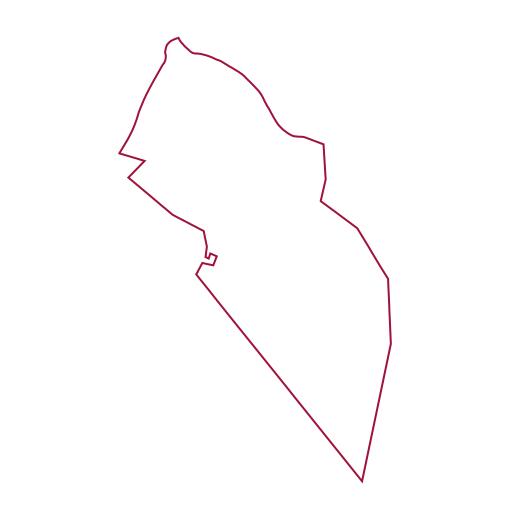 the district of Al Hazm, Al Jawf, Yemen, rotated 14°
{"feature_id": "15242507B39444871450258", "entity_name": "Al Hazm", "entity_type": "district", "adm_level": 2, "iso_a3": "YEM", "parent_name": "Yemen", "parent_adm1": "Al Jawf", "projection": "robinson", "projection_center": [44.848, 16.077], "detail": "fine", "context": "isolated", "style": "outline", "palette": "rose", "viewbox_px": 512, "rotation_deg": 14, "n_neighbors": 0, "source": "geoboundaries", "source_scale": "gbopen_adm2", "svg_char_len": 2324}
<svg xmlns="http://www.w3.org/2000/svg" viewBox="0 0 512 512"><g transform="rotate(14 256 256)"><path d="M128.0,63.1L127.0,63.7L124.0,65.7L121.1,68.3L119.5,70.7L118.6,72.6L118.5,73.2L118.3,74.8L118.3,78.0L118.6,80.6L120.1,83.5L120.6,86.3L120.6,88.7L120.1,91.1L119.2,93.0L116.4,103.1L114.1,111.4L112.2,118.7L111.0,124.0L110.7,125.1L109.3,132.2L108.4,138.5L107.7,143.1L107.4,146.7L107.2,151.6L106.5,158.4L105.8,162.9L104.7,168.3L103.4,173.6L101.1,181.2L98.6,189.3L98.6,189.5L106.0,189.8L124.9,190.7L122.5,194.8L113.2,210.8L132.5,220.2L139.3,223.5L140.1,223.9L144.7,226.2L145.3,226.5L145.6,226.6L147.3,227.4L149.4,228.5L152.8,230.2L155.0,231.2L163.8,235.5L165.2,236.2L168.4,237.0L168.8,237.1L178.0,239.3L184.5,240.9L186.1,241.3L190.2,242.2L190.8,242.4L192.9,242.9L193.6,243.1L198.4,244.2L199.2,244.4L202.0,250.3L203.0,252.3L203.1,252.6L205.5,257.6L206.1,258.9L206.6,263.5L206.7,264.2L207.3,269.2L207.5,269.2L209.6,269.7L210.7,269.9L211.1,264.6L218.0,265.8L217.3,271.4L216.8,275.4L208.2,275.7L205.8,275.7L205.8,275.8L205.7,275.8L205.5,276.2L203.0,286.2L203.1,286.3L202.4,288.2L206.6,291.5L212.7,296.1L220.4,302.0L232.5,311.3L255.2,328.6L278.2,346.0L282.4,349.2L313.5,372.8L327.6,383.6L404.2,441.9L413.4,448.9L408.1,308.6L400.8,283.9L399.4,279.3L395.7,266.5L391.3,251.9L391.2,251.4L389.9,246.9L389.6,246.1L379.9,236.8L365.7,222.6L362.2,219.0L359.2,216.1L347.6,204.6L331.6,197.9L322.5,194.1L305.5,187.1L305.1,164.8L303.0,158.3L294.5,131.3L282.2,129.9L279.5,129.5L277.4,129.3L275.5,129.1L274.1,129.0L273.2,129.0L272.1,129.2L271.2,129.3L269.7,129.6L268.7,129.9L267.6,130.1L266.3,130.2L263.9,130.6L261.7,130.4L259.1,129.8L256.0,128.7L252.0,127.0L249.5,125.6L247.3,124.2L245.4,122.9L242.6,120.3L239.6,117.2L236.0,113.4L232.9,109.9L230.9,108.1L228.8,105.8L226.9,103.7L225.6,102.1L224.2,100.4L222.6,98.7L221.1,97.3L218.9,95.4L216.6,93.9L214.3,92.4L211.0,90.3L210.8,90.2L208.0,88.5L205.4,87.0L203.3,85.7L201.4,84.5L199.3,83.4L197.1,82.5L194.5,81.5L190.9,80.4L186.8,79.1L183.6,78.3L181.1,77.4L179.0,76.8L177.2,76.2L175.2,75.6L173.1,75.1L171.4,75.1L168.9,74.7L165.6,74.0L163.2,73.7L161.3,73.5L159.1,73.3L157.2,73.3L155.2,73.3L153.0,73.3L151.3,73.6L149.7,73.8L148.3,74.2L147.1,74.3L145.4,74.3L143.1,73.6L139.9,71.8L136.7,70.1L133.8,68.2L131.7,66.8L129.7,65.0L128.1,63.3L128.0,63.1Z" fill="none" stroke="#9f1239" stroke-width="2"/></g></svg>